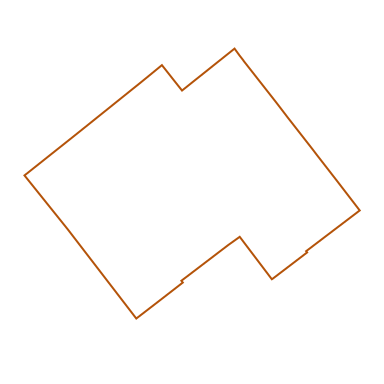 outline of Carbon, Wyoming, United States of America, rotated 232°
{"feature_id": "52423323B98729556539249", "entity_name": "Carbon", "entity_type": "district", "adm_level": 2, "iso_a3": "USA", "parent_name": "United States of America", "parent_adm1": "Wyoming", "projection": "orthographic", "projection_center": [-106.885, 41.717], "detail": "fine", "context": "isolated", "style": "outline", "palette": "amber", "viewbox_px": 384, "rotation_deg": 232, "n_neighbors": 0, "source": "geoboundaries", "source_scale": "gbopen_adm2", "svg_char_len": 564}
<svg xmlns="http://www.w3.org/2000/svg" viewBox="0 0 384 384"><g transform="rotate(232 192 192)"><path d="M278.8,313.8L278.1,246.6L292.7,246.5L310.5,246.4L309.9,220.8L308.9,146.6L308.7,129.0L308.2,70.2L307.9,70.2L239.1,71.1L126.6,70.2L126.4,99.5L126.3,129.0L128.6,129.0L127.9,187.9L127.3,202.0L74.1,201.2L74.0,202.1L73.5,245.5L75.1,245.5L74.2,312.8L111.7,313.1L144.7,313.2L151.1,313.3L160.9,313.3L191.7,313.3L210.0,313.5L261.8,313.4L263.6,313.4L263.9,313.5L264.7,313.5L269.7,313.5L270.4,313.5L278.8,313.8Z" fill="none" stroke="#b45309" stroke-width="2"/></g></svg>